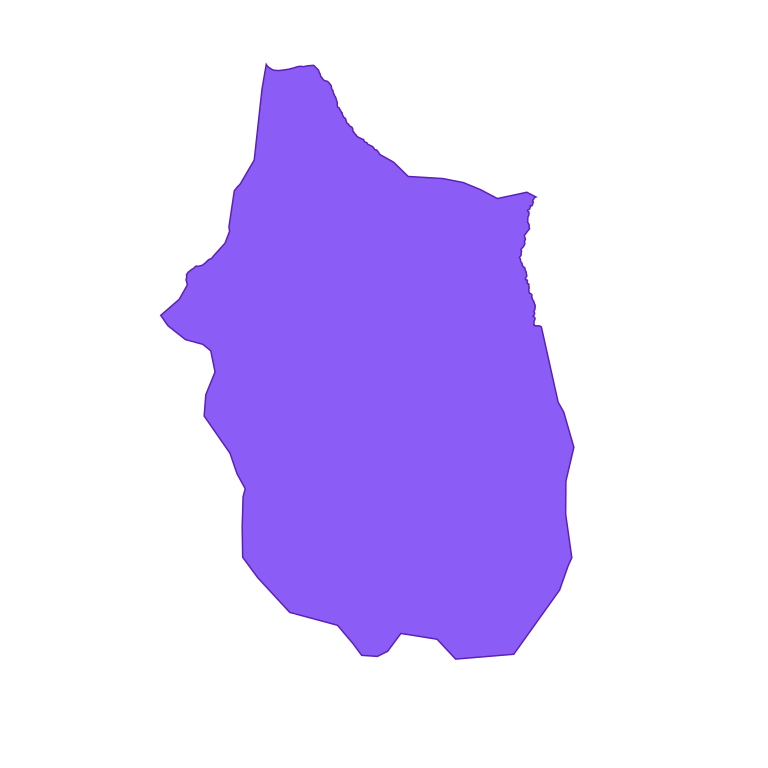 Ider, Dzavhan, Mongolia (orthographic projection), rotated 27°
{"feature_id": "93677404B17775092905458", "entity_name": "Ider", "entity_type": "district", "adm_level": 2, "iso_a3": "MNG", "parent_name": "Mongolia", "parent_adm1": "Dzavhan", "projection": "orthographic", "projection_center": [97.467, 48.187], "detail": "fine", "context": "isolated", "style": "filled", "palette": "violet", "viewbox_px": 768, "rotation_deg": 27, "n_neighbors": 0, "source": "geoboundaries", "source_scale": "gbopen_adm2", "svg_char_len": 6086}
<svg xmlns="http://www.w3.org/2000/svg" viewBox="0 0 768 768"><g transform="rotate(27 384 384)"><path d="M487.3,635.9L501.8,629.7L508.6,620.5L512.3,598.6L547.2,587.3L572.7,596.6L622.3,565.9L634.0,487.9L630.6,462.2L630.2,453.5L604.9,417.4L590.2,388.0L581.9,354.2L557.0,327.5L547.4,321.1L498.8,262.3L498.0,261.6L497.0,261.6L495.7,261.8L494.7,262.3L494.2,262.6L493.6,262.9L491.5,263.7L491.2,263.6L491.2,263.2L490.9,262.9L490.7,262.7L490.3,262.5L490.1,262.2L489.6,260.8L489.2,259.9L489.2,258.5L489.1,257.7L488.7,256.9L488.4,256.5L487.8,256.2L487.4,256.1L487.0,256.0L486.3,256.1L486.1,256.0L486.0,255.8L486.4,254.3L486.4,253.5L486.3,253.0L486.1,252.6L485.7,252.1L485.4,251.8L484.7,251.5L484.6,251.2L484.6,249.9L484.6,249.3L484.5,248.8L484.4,248.4L484.2,248.0L484.0,247.7L483.8,247.2L483.6,246.3L483.1,245.5L482.4,244.7L481.6,244.2L481.3,244.0L481.1,243.6L480.8,243.2L480.0,242.5L478.6,241.6L478.0,241.4L477.8,241.1L477.5,240.6L477.0,240.2L476.8,240.0L476.4,240.0L476.1,239.8L475.9,238.5L475.7,238.1L475.4,237.6L475.0,237.3L474.8,237.1L474.1,237.0L473.8,236.9L473.1,237.1L472.7,237.1L472.4,236.8L472.1,236.5L471.7,236.4L471.2,236.2L471.1,235.9L470.9,235.4L470.6,234.5L470.3,234.2L470.1,234.1L470.0,233.9L469.9,233.6L469.9,233.3L469.8,232.5L469.3,231.8L468.3,230.7L468.2,230.4L468.1,229.7L467.8,229.4L467.5,229.2L467.1,229.2L466.6,229.2L466.3,229.4L466.1,229.4L465.7,229.2L465.5,228.4L465.2,227.4L465.1,227.0L464.7,226.6L464.4,226.4L463.9,226.4L463.6,226.5L463.1,226.9L462.8,226.9L462.6,226.7L462.4,226.3L462.3,225.8L462.1,225.2L462.1,224.4L462.3,223.6L462.2,223.0L462.1,222.6L461.8,222.2L460.8,221.2L460.6,220.9L460.2,220.0L459.7,219.6L459.2,219.1L458.0,218.3L457.7,218.1L457.5,217.6L457.0,216.8L456.8,216.6L456.3,216.4L455.7,216.3L454.9,216.3L454.3,216.1L454.0,215.8L453.4,215.3L452.9,214.6L452.5,214.2L452.0,213.7L450.8,213.2L450.2,212.8L450.0,212.6L449.1,211.2L448.7,210.7L448.3,210.4L447.6,210.2L447.3,210.0L447.2,209.7L447.2,209.2L447.4,208.6L447.7,207.6L447.6,207.1L447.6,206.5L447.5,206.3L447.1,205.9L446.9,205.7L446.7,205.2L446.6,204.7L446.5,204.1L446.3,203.3L446.0,202.9L445.3,202.3L445.0,202.2L444.9,201.9L444.9,201.6L445.3,200.5L445.6,199.4L445.8,198.5L445.9,197.5L446.0,196.6L445.9,195.6L445.7,194.8L445.5,194.5L444.8,193.8L444.5,193.5L444.5,193.3L444.4,192.9L444.4,192.3L444.4,191.6L444.4,191.4L444.3,190.8L443.6,190.1L442.6,189.1L442.1,188.6L441.8,188.3L441.7,187.7L441.8,186.9L442.2,184.8L442.7,182.0L443.1,180.4L443.1,179.6L443.0,179.2L442.8,179.0L441.9,178.3L441.7,177.9L441.7,177.4L441.5,176.9L441.2,176.5L440.8,176.0L440.1,175.5L439.1,174.9L438.6,174.8L438.4,174.6L438.2,173.5L438.0,173.1L437.4,172.3L437.1,171.4L436.6,170.2L436.4,169.8L436.3,169.4L436.4,169.0L436.4,168.5L436.4,168.1L436.3,167.6L436.2,167.3L435.9,166.7L435.7,166.0L435.4,165.6L435.1,165.0L434.8,164.8L434.4,164.8L434.0,164.9L433.7,164.9L433.2,164.6L433.1,164.3L433.1,163.9L433.3,163.4L433.7,163.0L434.1,162.6L434.3,162.4L434.3,162.0L434.3,161.4L434.0,160.1L433.6,159.2L433.5,158.8L433.5,158.5L433.6,158.3L434.0,158.3L434.6,158.4L434.8,158.2L434.9,157.8L435.0,157.3L434.9,156.6L434.6,155.8L434.6,154.5L434.4,154.1L433.4,153.5L433.2,153.0L433.2,152.7L433.4,151.8L433.5,151.2L433.5,150.8L433.4,150.4L433.4,149.9L433.6,149.5L434.5,148.4L424.2,148.3L400.8,167.3L381.9,167.0L363.2,168.5L343.2,174.2L311.3,188.1L291.9,182.0L276.1,181.4L273.5,179.8L272.8,179.6L271.8,178.9L271.3,178.9L270.9,178.9L270.4,179.1L269.8,179.3L269.3,179.3L268.9,179.2L267.8,178.4L267.4,178.1L266.6,177.9L265.3,177.6L261.0,177.8L260.3,177.5L259.7,177.0L259.2,176.9L258.6,176.8L257.2,177.1L256.2,176.8L255.7,176.2L255.1,175.6L254.6,175.5L254.2,175.5L253.2,175.7L251.1,175.7L249.7,175.8L249.0,175.7L248.1,175.7L247.8,175.6L247.5,175.5L247.0,175.5L246.7,175.3L246.4,174.9L246.0,174.7L245.2,174.6L243.5,173.8L243.2,173.7L242.7,173.2L242.3,173.1L241.8,173.2L241.6,173.0L240.8,171.6L240.5,171.1L240.1,170.7L239.6,170.3L238.8,169.8L237.9,169.7L237.0,169.8L236.2,169.5L235.2,169.2L234.6,168.7L234.1,168.5L233.5,168.5L233.1,168.5L232.3,168.2L230.6,166.5L229.9,165.6L229.3,165.1L228.7,164.8L227.1,164.6L226.6,164.4L225.6,163.5L224.8,163.1L224.6,162.8L224.1,162.0L223.9,161.7L223.6,161.4L223.0,161.4L222.5,161.1L222.1,160.7L221.5,160.4L221.3,160.1L221.0,159.9L220.3,159.7L219.9,159.4L219.6,159.1L219.2,158.7L218.7,158.3L218.2,158.3L217.2,158.3L216.7,158.1L216.4,157.9L215.6,156.4L214.8,154.7L214.6,154.4L213.1,153.0L212.2,152.0L210.7,150.4L209.9,150.0L209.4,149.8L209.1,149.6L208.9,149.3L208.6,149.1L208.3,148.7L207.7,148.4L206.3,147.2L205.2,145.6L204.8,145.4L204.4,145.4L203.9,145.2L203.4,144.7L201.9,142.7L201.4,142.1L199.9,141.3L198.3,140.7L197.6,140.3L196.6,140.1L196.0,140.0L195.3,140.2L194.7,140.4L194.4,140.5L193.9,140.5L193.4,140.6L192.4,140.5L191.5,140.3L189.6,139.2L188.6,138.9L188.0,138.7L186.4,136.9L185.6,136.2L184.8,135.8L184.6,135.6L184.2,135.1L183.3,134.2L182.7,133.9L178.4,132.6L177.5,132.2L177.0,132.1L176.6,132.1L176.1,132.3L175.3,132.8L172.1,134.8L170.8,135.7L169.8,136.4L168.9,137.4L168.4,137.7L167.6,138.0L165.9,138.6L163.9,139.7L161.9,141.5L159.4,144.0L157.8,145.3L156.9,146.2L154.9,147.7L151.9,149.9L150.0,151.1L148.1,152.4L146.9,153.0L143.9,154.2L142.8,154.5L141.3,154.6L139.4,154.4L137.2,154.1L135.8,153.7L134.0,152.7L141.3,176.3L166.7,243.4L165.1,271.2L163.9,274.9L162.9,279.8L174.5,314.4L177.1,318.1L178.4,330.8L174.0,347.1L173.5,349.7L173.1,350.8L171.7,352.3L171.2,353.1L170.4,355.5L170.1,356.0L170.0,356.6L169.9,357.1L169.6,357.8L168.7,359.6L168.3,360.6L167.6,361.2L165.3,363.3L164.9,363.6L164.6,363.7L163.9,363.8L163.5,364.0L162.8,364.6L162.6,365.0L162.0,367.1L161.7,367.6L161.3,368.3L160.4,369.6L159.5,371.9L159.2,372.5L158.8,373.1L158.7,373.5L158.7,374.1L158.6,374.6L158.5,375.2L158.4,375.8L158.4,376.3L158.6,376.6L159.6,378.2L159.9,378.7L159.9,379.6L160.0,380.1L160.2,380.6L160.5,381.3L161.7,382.5L163.8,385.0L163.1,401.5L153.9,424.2L165.1,430.2L187.0,434.6L204.6,430.9L214.6,433.1L228.0,450.0L230.1,474.5L238.3,494.2L278.2,515.6L293.9,530.8L307.9,540.3L309.6,548.4L322.5,575.7L336.7,602.5L359.4,613.9L403.7,630.3L452.1,620.1L474.5,629.5L487.3,635.9Z" fill="#8b5cf6" stroke="#5b21b6" stroke-width="1.5"/></g></svg>